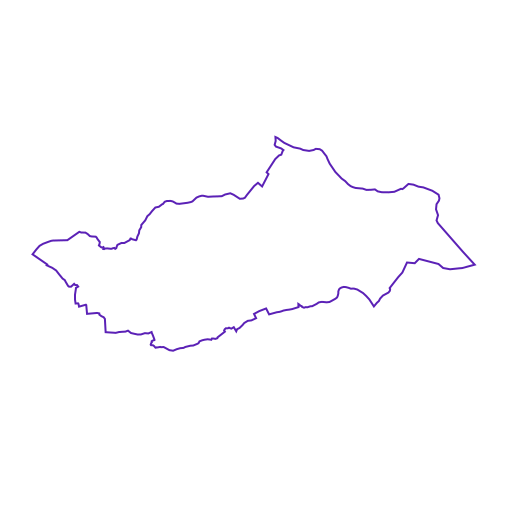 Ignesti, Arad, Romania, rotated 57°
{"feature_id": "2599482B32304228605498", "entity_name": "Ignesti", "entity_type": "district", "adm_level": 2, "iso_a3": "ROU", "parent_name": "Romania", "parent_adm1": "Arad", "projection": "mercator", "projection_center": [22.177, 46.451], "detail": "fine", "context": "isolated", "style": "outline", "palette": "violet", "viewbox_px": 512, "rotation_deg": 57, "n_neighbors": 0, "source": "geoboundaries", "source_scale": "gbopen_adm2", "svg_char_len": 4186}
<svg xmlns="http://www.w3.org/2000/svg" viewBox="0 0 512 512"><g transform="rotate(57 256 256)"><path d="M378.4,89.7L382.4,77.3L380.0,77.7L377.7,78.1L365.0,80.2L327.4,85.6L324.5,85.2L320.9,81.1L314.9,79.6L310.9,76.4L309.2,72.4L307.5,70.7L304.0,69.5L297.3,72.6L289.6,78.3L286.3,82.0L281.9,85.1L278.6,88.9L279.6,95.5L279.6,96.8L278.6,97.8L277.5,105.0L274.8,110.1L271.0,115.8L268.1,118.7L264.9,120.0L263.2,123.3L260.7,127.4L257.6,129.8L254.7,133.5L253.1,135.5L250.8,137.4L248.9,138.6L245.8,139.7L241.8,140.4L237.7,142.0L228.7,143.7L218.7,143.9L213.6,143.2L210.7,142.6L207.6,142.9L203.7,143.2L201.1,144.4L198.7,147.5L198.5,149.9L196.8,154.2L192.8,158.7L190.0,160.5L185.3,165.3L176.5,170.7L172.7,172.2L169.6,173.3L168.8,173.6L166.8,174.9L169.1,176.2L170.3,176.9L172.9,179.8L175.1,179.7L179.5,176.3L182.1,175.3L182.5,176.5L184.8,179.6L184.2,181.9L185.2,187.1L191.6,201.5L194.1,200.9L201.0,213.0L195.7,214.5L196.3,219.4L199.8,230.2L201.1,233.6L200.8,235.5L199.2,238.4L192.5,241.4L189.4,243.4L187.6,248.4L187.2,252.1L185.1,255.7L182.6,259.8L180.2,264.0L176.7,267.5L175.9,268.7L175.1,271.1L174.6,274.1L175.6,279.6L175.3,281.2L174.1,284.4L170.5,291.9L168.7,294.2L167.0,295.0L164.9,296.1L163.3,297.6L162.4,299.1L161.3,300.9L160.8,303.0L161.7,305.7L161.5,306.4L161.8,310.7L160.5,314.0L161.8,319.0L163.0,322.4L163.4,325.4L165.8,329.5L167.5,335.3L169.3,336.6L170.9,339.9L173.2,341.8L175.1,344.9L177.2,347.2L177.4,348.1L174.4,350.8L173.1,351.4L173.0,351.8L173.9,353.3L173.4,359.3L172.4,360.9L171.8,361.7L171.2,366.1L172.1,367.5L173.3,368.9L173.3,370.2L172.1,370.4L171.5,371.9L171.3,373.1L170.9,373.8L170.1,374.8L169.2,375.9L168.6,376.6L167.6,378.4L167.5,379.6L167.1,380.1L166.6,379.3L165.4,379.1L165.2,380.4L164.3,381.1L161.6,382.0L160.5,380.5L159.2,379.4L155.5,379.7L153.6,379.6L152.5,379.9L150.1,383.2L148.8,384.5L145.9,385.2L143.5,386.3L141.1,389.8L139.5,391.0L139.8,399.9L140.0,405.6L136.3,411.6L132.4,418.0L131.7,419.6L130.9,422.9L129.8,427.9L129.6,432.0L130.9,436.7L132.9,442.5L149.4,435.7L149.8,436.6L155.0,433.3L159.3,431.5L164.2,431.1L169.6,430.5L172.1,429.5L173.9,429.7L178.7,429.9L179.9,429.5L181.0,427.8L180.3,423.7L181.8,423.5L183.0,421.9L184.8,421.8L184.7,424.4L185.6,425.1L189.9,428.9L194.1,431.6L197.6,433.2L198.8,431.0L199.6,431.0L202.1,432.0L204.2,425.2L204.7,425.1L212.5,429.2L217.2,420.3L218.8,418.7L219.9,419.3L222.3,418.4L224.4,417.1L226.5,417.0L228.4,418.1L238.0,423.6L241.0,419.6L242.7,417.3L244.0,415.6L244.3,414.8L244.8,413.4L245.0,412.7L245.2,412.2L245.4,411.9L246.8,409.3L248.3,406.7L248.9,404.0L252.5,402.8L255.0,400.4L257.4,398.0L259.1,395.3L260.2,391.2L262.3,388.5L262.9,385.0L263.8,385.3L265.7,385.6L266.8,385.8L270.8,386.7L271.2,387.0L270.6,389.1L270.7,390.0L271.6,390.3L272.0,391.4L273.0,392.6L273.6,392.6L274.8,391.0L276.1,390.5L277.9,390.3L278.4,390.0L278.5,389.1L279.0,388.5L280.1,385.8L280.7,385.4L282.0,383.1L283.0,382.5L287.8,379.9L290.3,377.1L291.0,373.2L292.0,369.9L293.6,366.8L293.8,364.8L295.5,359.9L296.9,357.4L297.8,352.6L297.7,351.4L296.8,349.9L297.4,347.0L298.2,344.7L299.5,341.9L301.6,339.4L301.9,339.1L301.2,337.9L301.9,336.8L303.4,335.2L303.9,333.2L303.3,332.5L302.5,323.3L301.6,323.3L301.1,323.3L300.4,322.1L300.2,320.6L300.9,319.7L301.4,318.6L301.4,317.7L302.4,317.1L303.5,316.2L303.6,313.4L308.4,313.6L307.1,311.7L307.4,309.0L306.6,304.9L305.8,302.4L305.9,298.2L307.5,294.9L308.2,289.8L303.5,289.2L304.0,283.2L305.5,276.1L312.1,276.8L314.5,269.2L315.7,266.6L316.3,264.6L316.7,262.7L317.9,259.7L319.0,257.5L320.2,254.6L322.0,248.2L319.3,246.6L320.7,246.0L321.7,246.0L322.9,245.0L323.8,245.1L325.5,243.9L325.9,242.3L327.0,240.8L327.8,237.8L328.7,236.2L329.2,231.2L329.1,228.7L330.0,226.4L330.8,225.1L333.3,222.0L334.6,219.4L334.8,217.1L335.1,212.6L334.9,210.6L333.9,209.1L332.3,207.4L330.5,206.2L329.2,204.5L328.9,203.3L329.0,201.5L329.7,199.3L331.0,197.6L333.1,195.7L335.0,194.3L336.7,191.6L339.3,189.3L345.4,186.4L349.4,185.4L354.1,184.6L362.5,184.6L361.1,180.1L360.7,177.5L359.3,175.1L358.3,171.1L358.8,164.8L358.1,162.7L356.8,161.5L355.7,161.4L352.8,153.0L351.1,148.0L349.6,142.3L344.7,134.5L343.7,132.9L348.5,126.8L347.2,120.9L362.1,107.3L368.0,105.6L372.8,100.5L377.0,92.3L378.4,89.7Z" fill="none" stroke="#5b21b6" stroke-width="2"/></g></svg>